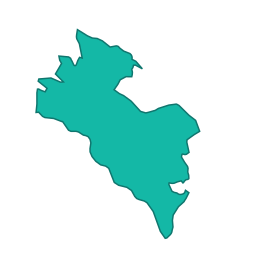 outline of Utrecht, rotated 45°
{"feature_id": "NLD-3484", "entity_name": "Utrecht", "entity_type": "Province", "adm_level": 1, "iso_a3": "NLD", "parent_name": "Netherlands", "parent_adm1": "", "projection": "robinson", "projection_center": [5.188, 52.113], "detail": "fine", "context": "isolated", "style": "filled", "palette": "teal", "viewbox_px": 256, "rotation_deg": 45, "n_neighbors": 0, "source": "natural_earth", "source_scale": "10m", "svg_char_len": 2232}
<svg xmlns="http://www.w3.org/2000/svg" viewBox="0 0 256 256"><g transform="rotate(45 128 128)"><path d="M181.0,79.6L181.0,79.8L179.5,85.8L178.6,91.2L178.1,94.6L179.5,96.4L188.4,102.1L187.9,105.2L187.1,106.5L185.5,107.5L185.0,107.9L184.8,108.5L186.3,110.7L192.2,112.2L197.3,113.1L199.0,114.1L201.2,116.7L202.2,117.4L204.2,118.4L206.1,120.1L206.8,120.8L206.7,121.9L205.5,123.8L205.5,125.9L205.8,127.0L205.8,127.6L205.7,128.0L203.0,127.8L201.1,131.0L199.7,134.3L198.9,135.4L197.7,136.5L195.9,137.7L196.3,138.4L196.8,139.0L203.7,141.6L205.9,141.0L208.5,139.4L209.3,139.2L210.3,139.1L211.3,138.6L212.3,137.7L213.3,136.2L213.7,135.0L213.8,133.7L212.7,131.4L216.8,130.7L218.9,137.0L219.2,138.7L219.7,140.5L219.3,148.0L221.5,157.6L224.7,161.9L229.8,166.2L231.5,169.1L232.5,170.5L233.0,171.7L233.3,173.3L233.2,178.3L232.3,179.7L224.0,178.2L204.9,169.2L194.3,167.4L191.2,168.1L186.3,170.8L184.0,171.7L181.2,171.6L174.7,169.7L169.2,170.7L161.9,175.1L156.8,176.2L142.9,170.1L139.2,170.7L134.7,173.4L128.8,174.3L125.1,173.9L122.7,173.6L118.1,171.7L115.7,169.4L112.3,164.8L109.3,162.9L105.9,162.3L103.6,163.2L101.4,164.6L95.8,165.8L93.6,167.1L90.0,170.7L87.5,171.6L77.2,169.7L76.7,170.2L68.7,173.8L61.8,179.4L59.3,180.2L53.7,180.0L52.0,182.0L46.6,175.4L38.7,167.5L36.5,164.5L37.3,163.6L38.9,163.2L40.7,162.5L43.8,161.0L42.7,157.2L31.4,158.4L30.3,156.4L38.2,147.1L47.9,143.3L49.7,141.1L38.5,141.1L35.4,129.4L31.7,128.3L28.3,126.0L29.8,124.7L35.7,119.8L36.9,119.5L38.2,119.3L39.0,119.7L39.9,120.0L41.1,120.3L45.2,121.8L46.2,121.6L46.7,121.0L46.8,120.3L46.4,119.2L44.8,115.8L43.8,112.3L46.1,110.9L34.0,102.8L28.6,101.1L27.1,100.0L25.9,98.6L22.7,94.2L34.2,91.5L39.2,89.6L42.9,86.5L48.3,84.5L58.1,83.4L61.6,78.3L62.4,77.7L63.5,77.2L65.8,77.3L70.5,76.7L76.7,74.0L78.5,74.0L80.0,74.5L81.1,75.3L82.3,76.6L86.3,75.3L96.3,76.0L88.7,78.3L87.5,79.8L88.4,81.2L88.8,82.1L89.0,83.3L89.4,84.0L90.0,84.4L90.6,84.7L91.5,85.3L92.1,85.9L92.6,86.5L93.2,87.2L94.4,89.1L90.3,93.1L88.4,99.4L89.9,104.2L91.1,110.8L97.6,109.8L102.0,108.2L111.3,106.8L125.1,107.4L129.9,104.8L131.7,101.9L133.5,98.6L134.8,96.3L135.7,92.6L140.7,82.9L145.2,77.0L146.3,76.5L148.2,76.0L162.1,75.9L170.4,74.8L180.4,79.4L181.0,79.6Z" fill="#14b8a6" stroke="#0f766e" stroke-width="1.5"/></g></svg>